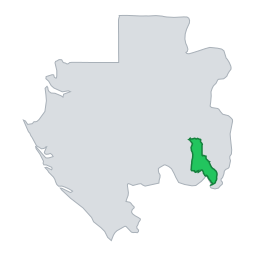 Mpassa, Haut-Ogooué, Gabon (highlighted)
{"feature_id": "22940354B37639469829308", "entity_name": "Mpassa", "entity_type": "district", "adm_level": 2, "iso_a3": "GAB", "parent_name": "Gabon", "parent_adm1": "Haut-Ogooué", "projection": "mercator", "projection_center": [13.612, -1.737], "detail": "fine", "context": "in_parent", "style": "filled", "palette": "green", "viewbox_px": 256, "rotation_deg": 0, "n_neighbors": 0, "source": "geoboundaries", "source_scale": "gbopen_adm2", "svg_char_len": 6418}
<svg xmlns="http://www.w3.org/2000/svg" viewBox="0 0 256 256"><path d="M189.6,20.5L189.4,23.0L186.6,29.2L185.2,34.0L184.9,39.1L185.7,43.2L187.0,46.1L187.9,49.2L187.3,51.5L185.9,52.4L186.8,53.5L188.9,53.8L192.5,52.8L197.9,51.1L205.1,48.7L209.8,47.4L217.6,48.2L221.7,49.1L223.9,50.8L226.2,58.2L227.3,59.3L229.2,62.4L230.8,66.1L231.1,68.0L230.9,69.4L229.3,71.4L227.6,74.3L226.9,76.1L225.4,77.5L223.6,78.8L218.4,79.3L217.6,80.1L216.1,83.2L213.4,85.9L212.1,88.5L211.0,91.8L211.2,96.0L210.7,102.0L210.1,106.1L211.5,107.5L217.7,108.5L218.9,109.3L220.6,111.8L222.7,114.2L228.4,115.7L230.6,117.5L232.4,119.5L232.6,121.1L231.3,127.7L230.1,133.9L230.5,138.7L231.0,143.3L231.7,149.9L231.4,154.0L229.8,156.4L229.8,158.4L230.5,160.7L229.1,167.2L228.2,168.3L225.6,169.5L224.3,171.2L223.9,173.9L222.5,177.7L221.1,179.0L221.1,180.8L222.4,182.1L222.4,184.0L219.9,186.3L218.4,188.1L215.0,188.9L211.1,188.0L210.2,186.7L211.1,184.7L210.8,183.1L209.5,181.4L207.4,177.1L205.6,176.2L204.5,178.0L201.4,181.3L195.8,185.5L191.9,185.8L184.7,184.5L178.7,182.5L175.9,177.5L174.1,173.5L171.5,168.7L168.6,166.4L165.5,165.0L164.2,164.9L159.7,167.5L158.4,168.6L158.4,170.8L158.8,172.9L159.5,173.9L160.1,175.2L160.0,177.3L159.2,180.1L158.9,183.1L145.1,186.1L142.7,185.0L141.0,183.7L138.9,183.9L132.9,185.5L130.7,184.4L128.5,183.6L127.5,184.2L127.4,185.5L128.4,192.7L128.1,195.5L126.7,199.1L126.0,201.5L129.7,202.2L131.0,203.3L132.3,205.1L134.1,206.8L134.2,207.8L132.2,209.7L131.5,212.0L132.5,213.8L135.0,215.7L138.6,217.7L140.4,219.0L140.2,220.1L138.5,222.6L137.9,224.8L136.7,226.7L137.0,228.4L138.6,230.1L138.4,231.6L137.3,232.7L135.0,232.4L133.1,232.6L131.4,232.1L126.0,226.4L124.8,226.3L117.0,230.7L115.1,232.5L113.5,235.0L111.3,240.6L107.7,237.4L104.7,231.4L101.1,227.8L93.6,221.8L91.6,217.5L83.0,207.9L70.6,198.3L61.7,190.0L60.3,188.1L61.8,188.3L70.4,192.5L71.6,192.0L72.6,191.1L68.9,188.9L65.3,187.2L62.0,186.1L58.6,186.2L56.8,184.5L55.6,181.8L54.9,179.5L53.5,177.1L48.7,172.2L47.6,170.3L45.0,167.6L46.6,167.3L51.6,169.8L52.1,168.8L51.7,167.3L46.5,165.0L43.8,164.8L43.1,163.2L43.5,161.2L39.9,154.1L36.1,148.7L35.5,146.1L45.7,157.8L47.1,158.0L48.9,157.9L53.1,156.6L52.3,155.0L50.4,153.4L48.5,154.1L46.1,154.3L44.9,153.6L44.3,152.4L46.7,146.7L45.7,147.0L44.9,148.0L43.6,148.5L41.5,148.8L36.5,145.7L32.1,137.5L30.9,135.8L29.7,133.0L28.5,131.8L23.4,120.1L25.4,121.0L27.7,124.4L32.2,123.7L34.0,121.7L35.5,121.8L37.1,121.3L39.1,119.5L44.9,111.5L46.4,100.8L45.9,94.5L45.1,88.3L47.0,86.3L47.8,87.6L48.1,89.8L49.0,91.5L51.1,93.0L55.0,93.3L60.9,95.7L63.0,97.1L63.6,94.2L70.4,91.7L68.4,90.8L62.3,91.8L53.9,88.0L51.2,85.6L48.6,81.1L45.9,78.7L46.1,76.6L52.1,74.7L53.7,74.9L54.3,77.2L55.9,78.2L56.5,77.9L56.8,75.9L56.8,70.5L55.0,62.8L55.6,61.4L57.2,60.8L58.7,59.8L59.7,59.6L61.7,59.8L62.7,61.6L63.3,62.6L65.3,63.0L67.0,64.0L68.4,63.7L69.6,62.6L71.4,62.4L76.8,62.4L81.8,62.4L91.6,62.5L101.5,62.5L111.3,62.5L118.7,62.5L118.7,58.2L118.6,51.4L118.6,43.4L118.6,35.7L118.5,28.6L118.5,20.2L118.9,17.8L119.4,16.8L119.2,15.5L126.8,15.4L140.6,16.0L146.6,15.9L148.3,16.0L155.9,15.6L162.0,16.1L164.6,16.7L166.9,17.0L174.2,17.4L183.7,16.9L187.0,17.0L188.8,18.2L189.6,20.5Z" fill="#d9dde1" stroke="#a8b0b8" stroke-width="1"/><path d="M188.9,139.6L189.1,139.7L189.5,139.8L189.9,140.1L190.1,140.5L190.3,140.8L190.5,141.1L190.8,141.3L191.0,141.5L191.3,142.2L191.7,142.5L191.8,142.8L192.0,143.1L192.2,143.3L192.4,143.5L192.4,144.0L192.3,144.4L192.1,144.6L192.1,144.8L192.0,145.3L191.8,145.7L191.6,146.0L191.4,146.6L191.3,147.0L191.1,147.3L191.1,147.8L191.1,148.2L191.3,148.7L191.4,149.2L191.3,149.9L191.4,150.3L191.5,150.6L191.7,150.9L191.8,151.3L191.9,151.5L192.1,151.7L192.2,152.0L192.4,152.4L192.6,153.6L192.7,154.2L192.8,154.5L192.8,155.0L192.7,156.4L192.6,157.8L192.4,158.7L192.3,159.2L192.1,159.7L192.0,160.2L191.9,161.0L191.8,161.8L191.8,162.9L191.8,163.4L191.6,164.2L191.4,166.1L191.3,167.8L191.3,168.7L191.1,169.1L191.1,169.4L191.2,169.8L191.4,170.2L191.6,170.6L191.9,170.7L192.2,170.6L192.6,170.6L192.9,170.7L193.2,170.8L193.6,170.9L194.1,170.7L194.4,170.7L194.6,171.0L194.7,171.4L194.8,171.8L195.1,172.1L195.5,172.3L195.9,172.1L196.2,172.1L196.3,172.0L196.4,171.6L196.6,171.4L196.8,171.4L197.1,171.3L197.3,171.1L197.6,170.9L198.2,170.7L198.1,170.9L198.0,171.3L198.0,171.6L198.0,172.2L198.1,172.4L198.7,172.0L199.2,171.6L199.6,171.3L200.2,171.0L200.6,170.8L200.8,170.4L201.0,170.2L201.4,170.1L201.9,170.0L202.3,170.2L202.5,170.5L202.7,170.8L203.0,171.3L203.2,171.7L203.4,172.1L203.4,172.6L203.4,172.9L203.5,173.4L203.8,173.8L204.1,174.1L204.3,174.4L204.5,174.8L204.7,175.2L204.9,175.5L205.1,175.7L205.8,176.0L206.1,175.5L206.4,175.3L206.9,175.6L207.3,176.0L207.9,176.8L208.0,177.4L208.4,178.2L208.8,178.8L209.4,179.6L209.9,180.2L210.5,180.6L210.7,181.0L211.0,181.9L211.1,182.1L211.5,182.4L211.9,182.6L212.2,183.0L212.4,183.5L212.2,184.0L211.7,184.4L211.2,184.7L211.0,185.0L211.5,184.9L212.1,184.7L212.4,184.5L212.8,184.3L213.1,184.1L213.5,183.9L213.9,183.6L214.3,183.5L214.7,183.3L215.0,183.0L215.4,182.3L215.5,181.8L215.7,181.2L215.8,180.9L216.0,180.6L216.2,180.3L216.4,180.1L216.5,179.7L216.6,179.3L216.7,178.9L216.7,178.4L216.6,178.1L216.6,177.5L216.6,176.8L216.7,176.3L216.8,175.7L217.0,174.9L217.0,174.1L216.9,173.2L216.7,172.6L216.4,171.9L216.1,171.3L215.8,170.9L215.4,170.6L214.8,170.0L214.4,169.5L214.2,169.3L213.7,169.1L213.3,168.8L212.6,168.3L212.2,167.9L211.6,167.3L211.3,166.8L210.9,166.1L210.4,165.1L210.1,164.4L209.8,163.7L209.5,163.2L209.2,162.5L209.3,162.1L209.6,161.7L209.2,161.5L208.7,161.3L208.3,161.1L208.0,160.8L207.9,160.5L207.5,160.1L207.2,159.9L206.9,159.6L206.5,159.3L206.3,159.0L206.0,158.3L206.0,157.1L206.0,156.2L205.7,156.1L205.2,156.1L204.8,156.0L204.4,155.8L204.1,155.6L203.8,155.5L203.5,155.5L203.2,155.5L202.9,155.8L202.5,155.8L202.3,155.6L202.1,155.1L202.0,153.6L202.0,149.2L202.0,145.0L202.1,144.8L202.3,144.6L202.3,144.3L202.1,143.9L201.8,143.3L201.6,143.0L201.2,142.6L200.9,142.2L200.6,141.8L200.5,141.4L200.4,140.9L200.6,140.6L200.7,140.2L200.7,139.6L200.5,139.4L200.0,139.3L199.3,139.2L198.9,139.1L198.6,138.9L198.3,138.8L198.0,138.6L197.7,138.4L197.4,138.4L197.0,138.6L196.8,138.8L196.7,138.9L196.3,139.0L196.0,139.0L195.6,138.7L195.3,138.5L194.9,138.3L194.4,138.3L193.9,138.5L193.4,138.6L192.9,138.8L192.6,138.9L192.3,138.9L191.9,138.9L191.6,139.0L191.2,139.0L190.7,138.9L190.4,138.7L190.2,138.6L190.1,138.3L189.8,138.6L189.6,138.8L189.4,139.1L189.1,139.5L188.9,139.6Z" fill="#22c55e" stroke="#15803d" stroke-width="1.5"/></svg>